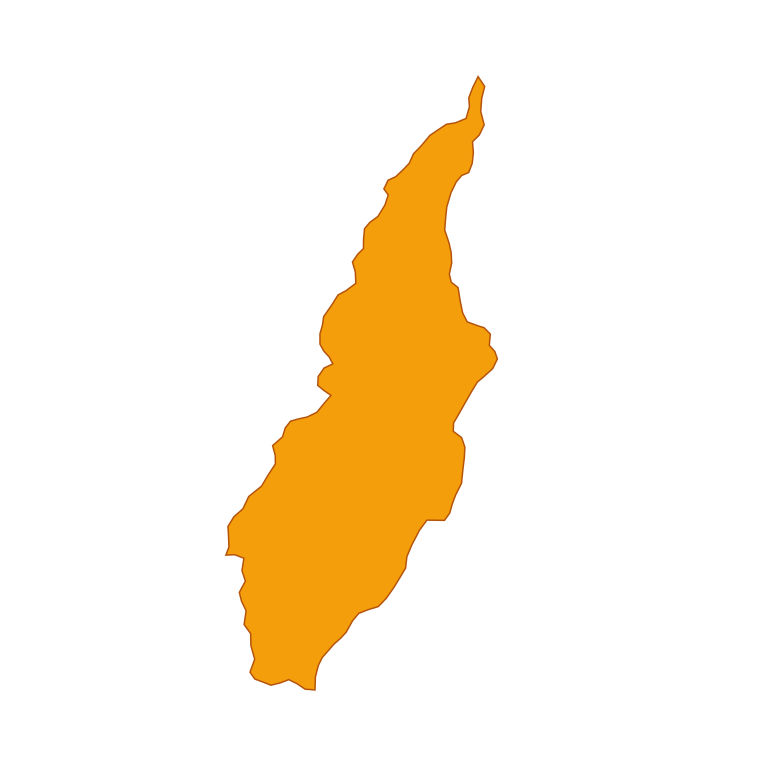 outline of Nova Porteirinha, Minas Gerais, Brazil, rotated 18°
{"feature_id": "56859067B51855792689739", "entity_name": "Nova Porteirinha", "entity_type": "district", "adm_level": 2, "iso_a3": "BRA", "parent_name": "Brazil", "parent_adm1": "Minas Gerais", "projection": "robinson", "projection_center": [-43.277, -15.718], "detail": "fine", "context": "isolated", "style": "filled", "palette": "amber", "viewbox_px": 768, "rotation_deg": 18, "n_neighbors": 0, "source": "geoboundaries", "source_scale": "gbopen_adm2", "svg_char_len": 1963}
<svg xmlns="http://www.w3.org/2000/svg" viewBox="0 0 768 768"><g transform="rotate(18 384 384)"><path d="M412.9,696.3L409.3,683.9L408.5,672.1L409.8,663.2L413.3,655.1L416.8,646.8L421.2,639.4L424.7,631.8L427.3,618.8L430.9,609.9L438.4,603.7L447.4,597.4L452.4,587.1L456.4,574.0L459.0,563.0L461.4,552.5L459.1,541.0L460.2,528.5L462.9,512.2L466.9,500.2L475.9,497.4L483.7,495.0L486.4,486.4L486.0,477.0L486.4,467.6L488.4,454.5L485.3,440.2L483.2,429.4L480.5,419.2L474.4,411.0L464.5,407.6L462.2,399.5L464.5,389.2L466.9,377.2L470.0,362.4L472.2,353.3L476.7,346.1L482.6,335.8L484.1,325.2L479.4,318.9L472.2,314.7L469.7,303.7L461.9,299.6L453.5,299.6L443.9,299.2L436.7,291.9L430.5,280.9L424.7,269.5L416.5,266.4L412.2,259.4L411.0,248.1L407.3,238.3L402.3,229.8L394.2,218.9L391.5,207.8L389.0,196.3L388.6,181.4L390.2,169.7L393.4,161.7L399.2,156.7L399.7,146.9L397.6,136.6L393.3,126.3L397.7,117.7L399.2,106.6L391.8,94.9L388.6,82.0L387.8,69.9L378.5,62.6L376.8,74.0L376.2,85.6L379.6,94.0L380.0,106.1L371.0,113.7L363.1,117.7L357.0,125.4L350.8,133.4L346.0,145.5L340.9,156.0L339.8,166.3L335.8,174.6L331.1,183.2L324.9,188.9L323.6,198.5L329.6,202.9L329.6,213.5L326.4,226.6L320.6,234.6L317.5,242.3L319.8,252.6L322.6,261.5L318.9,268.7L316.3,277.7L322.1,286.3L326.1,296.9L319.1,306.9L312.8,313.5L309.9,325.0L305.8,338.5L307.3,347.2L307.6,356.1L310.8,365.9L316.6,371.3L323.6,375.3L329.1,380.7L322.1,387.3L319.1,397.3L321.4,405.8L329.1,408.8L337.1,411.2L332.8,421.5L328.8,431.8L320.9,439.3L314.0,443.3L306.6,448.2L303.7,456.2L303.8,465.7L297.1,477.0L302.6,485.5L305.4,493.6L301.9,506.5L299.1,519.0L294.4,526.2L290.1,532.8L288.4,546.3L282.3,556.6L279.6,567.7L283.0,576.3L286.9,587.1L286.5,595.6L294.7,592.5L304.6,593.0L306.6,605.4L313.1,614.3L310.8,626.9L315.6,634.6L322.9,642.2L325.3,656.0L334.3,662.6L338.3,674.0L346.1,685.7L345.6,699.5L352.3,704.5L361.7,704.9L369.5,705.4L377.7,700.3L384.8,694.6L393.4,695.8L403.2,698.6L412.9,696.3Z" fill="#f59e0b" stroke="#b45309" stroke-width="1.5"/></g></svg>